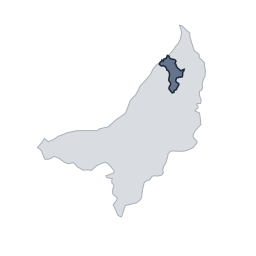 Rîşcani on a map of Moldova (Equal Earth projection), rotated 73°
{"feature_id": "MDA-1617", "entity_name": "Rîşcani", "entity_type": "District", "adm_level": 1, "iso_a3": "MDA", "parent_name": "Moldova", "parent_adm1": "", "projection": "equal_earth", "projection_center": [27.482, 47.936], "detail": "fine", "context": "in_parent", "style": "filled", "palette": "slate", "viewbox_px": 256, "rotation_deg": 73, "n_neighbors": 0, "source": "natural_earth", "source_scale": "10m", "svg_char_len": 2739}
<svg xmlns="http://www.w3.org/2000/svg" viewBox="0 0 256 256"><g transform="rotate(73 128 128)"><path d="M44.8,48.7L45.8,46.7L55.5,41.1L58.0,42.0L63.1,42.2L73.4,42.0L78.5,38.4L81.6,39.4L84.1,37.7L88.4,35.7L89.0,36.1L89.5,36.4L96.1,37.3L101.1,39.3L104.4,42.4L107.8,44.3L111.3,45.0L113.3,46.6L113.7,48.9L117.0,50.1L123.2,50.0L125.8,51.6L124.9,54.7L125.5,55.7L127.7,54.6L129.4,55.5L130.3,57.8L131.3,58.9L134.5,55.3L137.8,55.7L145.9,57.2L150.3,64.6L153.0,67.3L155.4,68.4L158.3,67.3L161.0,65.9L162.5,66.5L165.8,71.5L166.6,78.0L166.6,80.6L165.5,85.0L163.9,89.7L162.6,92.8L163.2,95.2L164.4,97.3L166.3,98.0L172.7,102.2L175.0,105.1L178.5,107.2L181.1,107.3L182.4,108.5L182.9,110.0L182.6,113.7L181.2,117.2L181.4,119.5L183.8,122.1L184.0,125.2L184.2,127.2L185.5,128.8L191.3,132.2L198.8,135.5L200.8,138.3L202.0,141.9L201.7,147.9L201.3,153.2L211.2,160.3L210.1,161.7L208.6,163.1L199.2,164.2L197.3,164.8L193.2,159.4L191.0,158.8L189.0,160.7L186.7,161.8L183.8,161.3L180.8,159.6L179.2,158.4L178.0,158.3L176.1,159.5L173.6,159.0L171.9,157.7L169.6,162.2L168.1,163.2L167.2,163.0L166.9,155.3L166.2,154.1L164.3,154.0L159.8,155.8L155.4,158.2L154.0,160.3L154.2,164.1L154.8,168.6L157.9,175.5L156.3,178.5L155.1,183.3L150.5,187.7L145.2,190.2L144.8,195.5L141.9,199.1L136.9,202.7L133.5,207.0L134.4,210.0L134.6,212.8L134.1,214.7L133.9,216.2L132.6,216.8L124.9,217.4L122.7,218.3L120.2,220.3L117.8,216.4L115.4,213.0L113.6,211.1L114.4,210.3L116.3,209.3L117.7,208.2L117.5,204.1L116.4,199.4L115.5,197.1L115.4,193.6L114.7,188.0L115.6,177.8L119.4,165.0L121.5,158.6L120.4,155.1L121.2,147.0L119.5,143.0L116.9,137.7L113.2,126.3L108.5,122.4L102.8,118.1L100.4,114.8L98.8,111.2L95.4,107.6L91.5,104.3L86.8,96.1L84.4,92.4L83.7,91.4L78.4,86.2L75.6,81.4L74.2,77.5L73.4,73.9L69.7,66.8L66.4,61.5L63.2,57.7L61.7,55.0L58.0,51.7L52.7,49.0L49.2,48.5L44.8,48.7Z" fill="#d9dde1" stroke="#a8b0b8" stroke-width="1"/><path d="M76.1,79.4L75.9,79.1L75.0,78.6L74.8,78.3L74.6,77.8L74.1,76.9L73.4,76.0L72.9,75.6L74.5,74.8L74.1,74.2L73.6,74.0L73.1,73.9L72.6,73.6L72.6,73.2L72.5,71.3L72.6,71.0L71.7,70.2L70.7,69.7L70.1,69.1L71.0,68.1L71.0,67.9L71.3,67.8L72.7,67.7L74.0,67.3L74.9,65.9L75.7,64.2L76.9,62.9L78.3,62.6L79.1,63.7L80.3,64.2L81.1,63.6L82.1,63.7L83.2,63.7L85.0,63.1L88.8,60.7L88.7,60.1L88.3,58.6L88.3,57.1L89.8,58.0L91.0,59.6L93.0,60.1L94.9,61.1L94.7,63.2L94.3,63.6L94.2,64.1L94.5,64.7L94.5,65.3L94.3,65.7L94.2,66.3L94.8,67.2L95.6,67.9L97.3,68.7L98.9,67.9L100.0,66.7L101.4,66.6L104.4,69.8L105.4,70.5L105.5,71.6L105.9,73.2L107.3,73.6L107.4,75.5L105.0,76.5L102.5,77.4L101.0,76.8L98.5,74.3L96.8,74.2L95.5,74.9L93.9,75.0L89.5,72.8L87.4,72.4L85.3,72.6L84.0,73.9L82.4,73.8L80.5,74.2L78.9,75.8L78.7,77.0L78.3,78.1L77.5,78.7L76.6,79.2L76.1,79.4Z" fill="#64748b" stroke="#1e293b" stroke-width="1.5"/></g></svg>